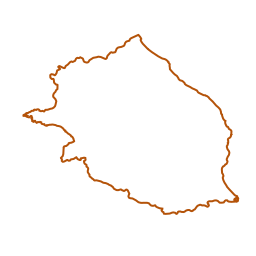 outline of Iliomar, Lautém, East Timor, rotated 263°
{"feature_id": "22284137B19934279863207", "entity_name": "Iliomar", "entity_type": "district", "adm_level": 2, "iso_a3": "TLS", "parent_name": "East Timor", "parent_adm1": "Lautém", "projection": "equal_earth", "projection_center": [126.838, -8.666], "detail": "fine", "context": "isolated", "style": "outline", "palette": "amber", "viewbox_px": 256, "rotation_deg": 263, "n_neighbors": 0, "source": "geoboundaries", "source_scale": "gbopen_adm2", "svg_char_len": 5743}
<svg xmlns="http://www.w3.org/2000/svg" viewBox="0 0 256 256"><g transform="rotate(263 128 128)"><path d="M38.6,153.2L38.2,154.6L38.0,158.4L38.0,159.1L38.6,161.3L38.7,162.7L38.1,164.5L36.9,165.5L36.9,165.8L37.2,166.5L38.6,167.4L38.9,167.9L38.8,169.7L38.2,170.9L37.8,173.0L38.1,174.1L38.9,175.4L39.2,176.5L39.3,177.7L39.1,178.9L37.9,180.5L37.7,181.3L38.0,182.3L38.6,182.9L39.1,184.4L41.8,186.9L42.4,187.8L43.0,189.9L42.9,190.7L42.1,192.2L42.0,193.9L41.5,195.2L40.2,197.1L40.2,197.6L40.8,198.5L41.2,198.8L41.7,198.8L42.8,198.5L43.0,198.0L44.4,197.9L45.0,198.5L45.4,199.7L45.0,202.5L45.5,204.9L45.5,206.0L45.3,207.0L44.6,208.3L42.8,209.8L42.5,211.2L42.4,213.1L42.5,214.0L43.8,215.2L44.3,216.2L44.1,217.6L43.8,217.9L43.2,218.2L42.7,219.0L42.1,221.6L41.9,225.1L43.7,224.7L44.3,224.9L44.8,225.5L45.2,226.6L46.8,228.0L47.0,228.0L47.9,226.3L48.7,225.5L55.1,220.8L57.8,219.0L58.4,218.9L62.1,217.1L64.6,216.3L66.6,216.0L67.6,216.1L68.1,216.6L68.9,216.9L70.4,216.6L71.9,215.9L75.5,216.1L76.7,216.4L78.2,217.6L78.6,218.7L79.1,219.4L79.9,220.1L80.3,221.3L81.3,222.1L82.4,222.6L82.9,222.7L84.1,222.2L85.1,222.2L87.5,223.6L88.7,224.7L90.1,225.3L91.2,225.6L92.6,225.4L94.8,224.2L96.9,223.8L98.0,223.9L98.7,224.6L100.4,225.4L101.0,225.2L101.4,225.7L103.4,225.9L104.0,225.7L104.8,225.9L105.3,226.4L106.1,228.1L106.7,228.7L107.7,229.3L108.7,229.4L109.0,230.0L109.5,229.8L112.3,230.3L113.5,229.7L114.9,228.0L116.7,227.5L117.0,227.1L117.3,226.4L118.1,225.9L120.3,225.2L121.1,225.1L122.3,225.2L123.1,225.6L123.8,224.7L125.6,223.6L128.9,222.9L129.9,223.0L130.8,222.2L133.3,222.2L133.7,222.0L135.1,221.8L137.3,220.3L139.6,218.2L143.8,215.4L147.5,212.3L148.6,211.8L150.2,210.1L150.5,209.2L151.0,208.8L151.4,207.0L154.4,202.4L154.9,201.9L156.8,201.0L158.4,198.6L159.4,196.8L161.2,194.6L163.4,191.1L164.8,189.8L165.8,189.6L167.3,188.4L168.1,187.6L169.0,185.5L169.4,185.0L170.6,184.2L171.5,184.0L173.7,182.9L175.4,181.0L177.1,179.6L181.2,176.8L183.3,176.9L184.6,176.8L186.3,177.2L187.5,176.4L188.4,176.3L188.5,175.9L189.6,175.5L191.0,174.2L191.9,172.9L192.8,170.5L195.5,166.7L200.3,161.1L203.3,158.0L204.0,157.6L204.0,157.3L209.9,152.9L212.0,151.8L213.5,151.3L214.4,151.5L214.8,152.0L215.8,151.7L217.0,151.1L219.1,149.7L219.1,149.4L216.9,142.5L216.5,141.5L215.8,140.7L214.5,140.0L214.1,137.4L213.8,136.6L212.7,135.5L210.8,134.6L210.0,133.8L209.3,131.3L209.2,128.9L208.9,127.6L208.0,126.4L205.1,124.8L204.8,124.4L204.6,122.0L205.2,120.8L205.0,119.8L202.2,116.5L200.9,115.8L200.0,115.5L199.4,114.8L199.3,113.9L201.8,109.6L202.4,107.2L202.1,105.6L201.9,102.1L200.0,98.1L198.4,96.8L198.0,96.0L198.0,94.9L198.7,93.2L199.1,92.6L199.9,92.2L202.2,91.7L202.6,91.4L204.0,89.2L203.5,88.3L203.4,87.7L203.8,86.4L203.6,85.6L202.9,84.7L201.2,83.7L200.4,81.5L200.3,81.1L200.9,79.9L200.5,78.6L198.3,76.0L197.1,73.7L195.4,72.7L195.2,72.2L195.3,71.6L196.0,70.4L197.7,67.8L197.8,67.2L197.6,66.7L197.3,66.3L196.9,66.3L194.9,67.7L194.6,67.5L193.7,64.7L191.1,63.7L189.5,62.3L189.3,61.9L189.4,61.4L190.1,60.6L190.7,58.8L190.7,58.5L190.2,57.5L189.5,57.2L187.5,57.1L186.0,58.2L185.8,59.9L185.2,60.2L182.1,60.2L181.7,60.4L179.9,61.9L179.6,63.0L179.3,63.3L175.3,62.7L174.2,61.2L172.8,60.4L171.8,59.1L170.7,58.2L169.5,57.7L168.1,57.6L165.4,59.5L163.3,60.1L159.7,58.8L158.5,58.2L157.2,56.6L156.6,55.0L156.5,53.2L155.9,50.5L156.1,48.4L155.9,48.0L154.7,46.9L154.7,46.5L155.4,45.4L155.3,44.3L155.4,43.2L156.0,42.2L156.3,42.3L156.8,42.1L157.4,41.4L157.6,40.1L157.1,39.1L157.6,37.7L157.6,37.2L157.4,36.8L156.8,36.6L156.6,36.0L156.8,34.8L156.7,34.3L155.9,33.1L155.8,32.0L155.1,30.6L155.2,29.2L155.0,28.7L154.7,28.6L154.3,27.9L153.6,25.9L152.9,25.7L152.6,26.2L152.9,27.9L153.2,28.4L153.0,29.0L152.5,29.7L151.7,28.7L151.4,29.1L150.6,31.0L150.7,31.6L151.6,32.6L151.8,33.2L151.6,33.7L149.8,34.1L149.6,33.6L149.3,33.3L148.3,33.7L148.1,34.0L146.7,33.7L146.4,34.4L145.8,34.6L145.6,34.9L145.7,35.4L146.5,35.8L146.4,36.7L145.7,36.9L144.3,37.9L144.4,38.4L144.8,38.9L144.9,39.5L144.6,40.3L144.6,41.0L144.8,41.4L144.2,42.6L143.5,42.5L142.7,42.9L142.3,43.6L142.3,44.0L141.8,44.9L141.9,45.4L141.1,45.6L140.4,46.7L140.1,47.7L140.3,48.2L140.7,48.2L140.6,49.1L140.8,50.9L140.6,52.0L140.7,52.5L140.6,53.7L139.7,56.5L138.8,57.8L138.4,59.4L137.8,60.9L137.3,61.7L135.2,63.8L134.1,64.1L133.1,65.5L132.5,65.2L132.2,65.3L131.3,66.6L129.8,67.8L128.9,69.0L127.5,70.4L126.6,70.6L126.1,71.6L124.2,72.5L123.0,72.6L122.0,72.9L121.4,72.9L120.8,71.7L120.3,69.8L120.3,67.8L120.1,67.3L119.3,67.0L118.0,65.1L117.7,64.5L117.6,63.0L117.4,62.3L116.6,61.7L116.0,61.8L115.6,61.6L110.0,60.6L108.0,59.7L106.5,57.8L106.2,57.8L105.1,58.6L103.4,58.3L102.5,59.0L102.4,59.8L102.6,60.9L103.7,63.6L103.6,64.1L102.8,65.0L102.7,66.3L103.8,67.6L103.9,70.2L105.1,72.7L105.2,73.2L103.3,74.2L102.1,76.1L102.1,77.0L102.7,77.4L103.2,77.3L103.6,77.5L103.8,80.2L103.9,80.7L103.5,82.0L101.6,82.0L100.9,81.3L100.6,80.4L99.8,80.2L98.5,80.4L97.7,80.8L96.6,82.2L96.2,82.3L94.8,82.1L93.9,83.0L93.0,83.5L92.2,83.5L90.5,82.9L89.2,82.7L87.7,83.3L86.4,84.1L85.2,83.9L84.6,84.1L82.9,85.8L82.3,86.1L81.3,87.4L80.3,88.0L80.0,88.5L79.9,90.4L78.3,94.6L76.7,96.8L76.0,99.2L74.8,101.4L74.2,101.9L72.7,104.5L72.3,104.6L71.4,105.7L69.4,106.7L67.8,109.0L67.5,110.6L67.9,113.3L67.7,113.8L67.0,114.5L66.0,116.3L66.1,116.9L67.0,118.5L67.0,119.2L66.0,120.2L62.6,121.3L61.6,120.7L60.2,120.1L58.8,120.4L58.1,121.5L57.5,123.9L55.3,127.0L53.1,129.3L52.8,129.9L52.1,131.8L51.6,136.7L51.3,138.3L50.6,139.7L49.9,140.1L48.5,141.2L48.1,141.9L47.8,142.8L47.7,143.9L48.0,145.4L47.8,145.7L46.8,146.1L45.9,147.1L44.5,149.6L43.8,152.3L43.3,152.2L42.2,151.3L41.9,151.3L40.7,152.0L40.2,152.9L38.6,153.2ZM43.3,225.6L42.3,226.7L41.7,226.9L41.9,227.8L42.4,228.3L43.3,228.3L44.5,228.8L45.2,228.6L45.1,227.8L44.5,226.9L44.3,226.1L43.9,225.8L43.3,225.6Z" fill="none" stroke="#b45309" stroke-width="2"/></g></svg>